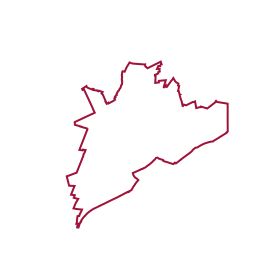 outline of Goirle, Noord-Brabant, Netherlands, rotated 147°
{"feature_id": "6326949B96692353293855", "entity_name": "Goirle", "entity_type": "district", "adm_level": 2, "iso_a3": "NLD", "parent_name": "Netherlands", "parent_adm1": "Noord-Brabant", "projection": "natural_earth1", "projection_center": [5.032, 51.506], "detail": "fine", "context": "isolated", "style": "outline", "palette": "rose", "viewbox_px": 256, "rotation_deg": 147, "n_neighbors": 0, "source": "geoboundaries", "source_scale": "gbopen_adm2", "svg_char_len": 5062}
<svg xmlns="http://www.w3.org/2000/svg" viewBox="0 0 256 256"><g transform="rotate(147 128 128)"><path d="M31.2,94.1L34.4,97.1L37.9,100.2L38.8,101.1L39.1,101.4L39.2,101.8L39.3,101.9L39.4,102.8L39.8,102.7L39.7,102.1L48.4,101.4L48.5,101.4L50.9,101.2L55.1,106.2L55.5,105.8L56.7,106.5L58.2,107.0L58.7,107.1L59.9,107.5L57.3,113.8L58.8,114.0L59.4,114.3L59.5,114.5L67.0,115.4L68.4,117.2L70.0,116.5L70.2,116.8L69.8,117.6L69.7,118.1L69.5,118.3L69.3,119.0L68.6,120.9L68.5,121.2L67.7,124.5L66.6,127.8L66.4,127.8L66.5,127.9L66.5,128.0L65.3,131.5L65.8,131.8L62.2,135.4L62.9,136.4L61.5,137.8L62.6,139.8L62.6,140.0L62.9,140.9L63.0,141.9L62.9,142.5L62.8,145.2L64.5,144.4L65.8,144.1L73.1,141.3L74.2,142.3L73.7,142.8L74.3,142.7L75.6,142.5L75.8,142.6L75.8,142.8L70.3,147.5L76.4,150.7L77.3,149.4L80.6,151.0L76.5,156.6L76.8,156.6L77.0,157.0L76.5,157.9L75.2,157.6L73.0,157.3L72.2,158.4L70.9,158.1L70.7,158.5L70.5,158.4L70.0,159.5L69.8,159.6L69.2,160.5L71.5,161.7L68.8,163.5L67.2,162.4L65.0,164.2L64.9,164.0L64.4,165.8L77.3,167.3L79.1,167.5L79.2,167.9L79.5,169.1L79.5,169.4L79.9,170.0L79.9,170.4L79.8,170.6L79.7,170.9L79.4,171.4L79.0,172.0L79.3,172.1L88.5,179.1L89.8,180.4L90.3,181.1L91.0,182.1L95.4,180.0L97.0,179.1L99.4,177.5L100.1,177.0L100.5,177.3L100.7,177.6L100.8,177.8L101.4,178.2L101.5,178.3L101.7,178.5L102.0,178.3L102.4,178.0L103.1,177.3L103.2,177.2L103.3,177.0L103.4,176.9L103.5,176.6L103.9,176.3L104.0,176.2L104.3,175.9L104.3,175.7L104.5,175.5L104.5,175.4L104.6,175.1L104.9,174.8L104.9,174.7L104.9,174.4L105.1,174.3L105.2,174.1L105.3,173.8L105.4,173.6L105.6,173.3L105.8,173.1L106.1,172.9L106.3,172.7L106.4,172.4L106.5,172.2L106.8,172.0L106.8,171.9L107.0,171.5L107.2,171.2L107.3,171.1L107.4,170.9L107.3,170.7L107.3,170.4L107.7,170.1L108.0,169.6L108.2,169.3L108.3,169.0L108.7,168.6L109.2,168.0L109.3,167.9L109.6,167.9L109.8,167.9L110.1,167.6L110.6,167.4L110.8,167.1L111.1,166.8L111.2,166.7L111.8,166.3L112.3,166.0L112.8,165.6L113.0,165.5L113.6,165.5L113.8,165.4L114.0,165.2L114.5,164.9L114.8,164.7L115.0,164.6L115.3,164.4L115.5,164.4L115.8,164.4L116.1,164.4L116.3,164.3L116.3,164.2L117.9,163.5L118.3,163.1L118.7,163.0L118.7,162.9L118.9,162.5L119.0,162.4L119.4,162.3L119.6,162.2L119.8,161.9L119.8,161.7L120.0,161.7L120.4,161.8L120.6,161.8L120.9,161.6L121.2,161.6L121.5,161.5L121.8,161.4L122.0,161.3L122.1,161.2L122.0,160.7L121.9,160.5L121.9,160.4L122.0,160.4L122.2,160.6L122.3,160.6L123.1,160.4L123.3,160.3L123.3,160.1L123.2,160.0L123.2,159.9L123.3,159.8L123.4,159.5L123.5,159.1L123.5,158.8L125.8,158.7L130.9,159.2L130.7,159.9L132.7,159.9L132.6,162.3L132.2,162.3L130.9,169.8L131.4,171.3L129.7,172.0L132.1,175.2L132.9,175.0L133.4,175.8L133.6,176.6L133.9,176.6L134.6,177.1L135.8,178.2L136.1,178.4L136.6,179.0L135.7,179.5L136.1,180.0L136.8,179.7L137.5,180.4L139.3,182.8L139.5,183.0L139.8,183.6L140.1,184.3L140.2,184.6L140.2,184.8L140.2,185.0L140.0,185.8L145.2,185.8L145.3,184.6L143.9,184.4L146.8,163.8L147.1,162.7L147.6,158.9L156.6,160.2L169.5,162.0L169.6,161.9L170.7,159.4L167.1,155.4L167.3,155.3L162.2,149.4L161.9,149.6L180.7,136.1L178.2,133.9L177.6,134.4L175.6,132.6L177.6,131.1L178.5,130.6L179.0,130.4L179.6,130.2L179.9,129.9L180.2,129.5L180.3,129.3L180.7,129.0L182.0,128.0L182.2,127.9L195.4,118.5L195.6,118.6L195.9,118.6L205.7,120.8L208.8,111.7L204.4,108.5L212.1,103.1L209.2,100.6L211.5,99.0L208.4,95.6L212.8,93.5L217.5,90.2L216.0,88.8L215.4,88.2L214.7,87.6L214.0,87.0L212.2,85.6L211.0,84.7L211.9,84.1L212.0,84.0L212.1,83.8L213.0,83.3L214.5,82.5L215.2,82.1L215.3,82.1L216.8,80.8L218.3,81.6L218.6,81.2L219.5,80.3L219.7,80.0L220.3,79.3L221.0,78.4L222.5,76.5L223.4,75.8L222.2,75.1L223.8,73.4L224.8,72.3L223.7,71.5L221.2,73.6L219.3,74.7L219.1,74.6L218.6,74.9L218.9,75.1L218.2,75.5L217.5,75.9L216.5,76.3L215.6,76.7L214.6,77.1L212.8,77.6L211.1,78.0L209.6,78.4L208.0,78.7L206.3,78.9L204.0,79.0L202.6,79.0L201.5,79.0L200.5,78.9L199.0,78.7L190.0,77.6L189.5,77.5L189.0,77.4L188.8,77.4L186.0,77.1L185.9,77.1L184.3,76.9L184.0,76.9L176.6,75.9L171.2,75.3L165.2,74.8L163.4,74.6L162.6,74.4L162.7,74.1L162.1,74.0L162.1,74.3L161.3,74.3L160.5,74.2L159.0,74.0L157.7,74.7L156.5,75.3L155.3,75.9L153.3,76.7L152.0,77.3L150.7,77.8L148.4,78.5L147.7,78.7L148.1,80.6L148.9,82.3L149.1,83.1L149.2,84.9L149.1,85.9L149.0,86.1L148.8,86.3L148.7,86.6L148.5,87.6L140.6,86.3L140.4,86.4L138.7,86.1L138.5,85.9L137.7,85.7L137.2,85.9L136.1,85.7L135.2,85.5L134.4,85.5L133.0,85.7L129.9,85.8L129.0,85.9L127.4,86.1L126.2,86.3L123.4,86.9L122.7,86.9L122.0,87.2L121.6,87.3L121.4,87.4L120.3,87.8L120.0,87.9L120.0,88.0L119.9,87.7L119.3,86.8L119.0,86.1L118.8,85.5L118.7,85.4L117.9,84.3L116.5,82.8L116.4,82.6L116.2,82.4L116.1,82.2L116.0,81.8L116.3,81.6L116.0,81.3L116.0,80.6L115.9,80.5L112.8,76.9L112.7,76.7L112.2,76.1L109.6,73.0L109.4,73.0L107.6,73.5L107.5,73.4L107.1,72.2L104.3,72.4L100.6,72.7L100.6,72.8L92.4,73.3L90.5,73.4L87.8,73.6L84.9,74.5L82.2,74.7L80.3,73.9L78.2,73.9L76.3,73.8L75.3,73.7L73.4,73.5L71.5,73.1L69.7,72.6L67.9,72.1L67.0,71.8L65.3,71.1L64.4,70.7L64.0,70.4L62.1,70.6L61.6,70.5L50.6,70.3L48.1,70.2L48.0,70.6L46.3,70.7L40.8,79.3L38.9,82.2L31.2,94.1Z" fill="none" stroke="#9f1239" stroke-width="2"/></g></svg>